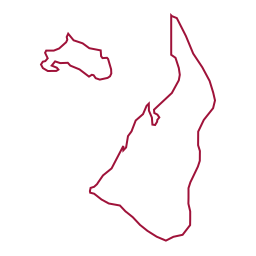 outline of Kwail, Hwanghae-namdo, North Korea
{"feature_id": "82179303B47267328602468", "entity_name": "Kwail", "entity_type": "district", "adm_level": 2, "iso_a3": "PRK", "parent_name": "North Korea", "parent_adm1": "Hwanghae-namdo", "projection": "albers", "projection_center": [124.924, 38.427], "detail": "fine", "context": "isolated", "style": "outline", "palette": "rose", "viewbox_px": 256, "rotation_deg": 0, "n_neighbors": 0, "source": "geoboundaries", "source_scale": "gbopen_adm2", "svg_char_len": 1412}
<svg xmlns="http://www.w3.org/2000/svg" viewBox="0 0 256 256"><path d="M190.2,218.8L190.2,211.4L188.4,203.7L188.5,197.8L188.5,188.1L190.4,182.2L192.3,178.3L197.9,166.6L199.8,160.8L199.9,151.0L198.1,145.2L198.2,131.6L203.8,119.9L211.5,110.2L213.1,108.2L215.0,100.4L213.2,92.6L209.6,80.9L202.3,67.3L193.2,53.6L185.9,36.0L176.8,18.1L171.9,16.1L171.2,15.4L171.2,54.8L175.5,57.8L178.8,68.0L179.8,74.8L178.8,80.3L171.8,93.1L171.2,93.6L154.0,109.7L154.3,113.0L157.4,114.6L159.3,117.4L157.3,119.9L157.1,121.7L155.1,125.0L152.4,124.6L151.9,117.6L148.9,110.6L148.8,103.6L146.6,105.8L143.0,114.2L142.6,114.5L135.7,120.5L131.5,131.4L128.0,136.1L126.1,147.4L123.4,150.3L123.3,146.0L111.6,168.4L103.0,175.4L98.3,182.2L97.0,184.2L94.1,186.8L90.6,187.9L89.9,191.1L90.2,192.7L94.1,193.7L101.5,199.5L108.8,203.5L119.9,205.5L125.4,211.3L132.8,217.2L140.1,225.0L147.5,230.9L156.7,236.7L165.9,240.6L173.4,236.8L182.6,234.8L190.1,225.1L190.2,218.8ZM101.1,56.2L100.7,50.4L89.3,48.2L82.6,43.3L73.6,40.3L68.2,33.7L66.7,37.0L67.3,39.7L66.1,42.3L65.5,42.8L59.1,48.5L53.8,50.6L46.2,50.6L45.1,52.8L47.7,58.3L45.3,61.1L42.8,61.7L41.0,64.5L42.9,68.1L47.8,71.0L56.4,70.9L58.4,69.6L56.8,67.7L51.7,65.6L55.1,61.4L60.2,63.1L67.8,62.8L70.3,65.6L79.5,69.4L89.0,76.6L91.8,74.8L93.6,75.2L95.7,78.2L99.8,79.6L107.6,77.9L110.0,76.3L111.3,73.5L111.1,69.3L108.1,59.0L107.0,57.8L102.5,58.1L101.1,56.2Z" fill="none" stroke="#9f1239" stroke-width="2"/></svg>